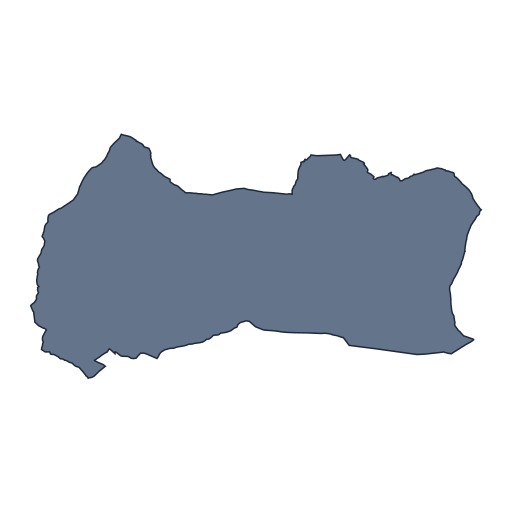 Ocna Sibiului, Sibiu, Romania
{"feature_id": "2599482B46010461750769", "entity_name": "Ocna Sibiului", "entity_type": "district", "adm_level": 2, "iso_a3": "ROU", "parent_name": "Romania", "parent_adm1": "Sibiu", "projection": "natural_earth1", "projection_center": [24.038, 45.885], "detail": "fine", "context": "isolated", "style": "filled", "palette": "slate", "viewbox_px": 512, "rotation_deg": 0, "n_neighbors": 0, "source": "geoboundaries", "source_scale": "gbopen_adm2", "svg_char_len": 5997}
<svg xmlns="http://www.w3.org/2000/svg" viewBox="0 0 512 512"><path d="M442.5,352.2L443.2,351.9L448.2,353.3L451.2,353.8L465.5,344.8L471.1,341.7L472.8,340.5L473.6,339.8L473.6,339.4L473.1,339.1L463.6,335.8L461.0,333.0L459.9,331.6L458.5,330.6L455.0,325.8L454.6,323.9L455.0,322.6L454.5,320.6L454.3,318.9L453.8,315.8L452.6,313.7L451.8,311.1L451.0,304.8L450.8,301.7L450.9,300.0L450.4,294.0L449.7,290.4L449.6,288.3L449.8,286.6L450.1,285.9L450.5,285.1L451.6,283.8L453.8,278.7L455.2,276.5L457.5,272.3L458.8,269.0L459.8,267.3L461.3,264.0L461.6,261.7L462.6,259.5L464.4,252.9L464.7,251.9L465.2,251.2L464.7,250.2L465.0,248.7L465.2,246.6L466.1,241.2L466.6,239.5L466.9,236.8L467.5,234.4L468.0,233.3L468.7,231.2L471.3,224.8L472.4,223.4L472.9,222.5L475.3,219.2L476.6,216.5L478.9,214.6L479.4,213.6L479.6,212.0L479.8,211.2L481.3,209.8L479.9,208.6L479.1,207.3L477.8,205.8L474.5,201.0L473.0,198.5L472.6,197.4L472.5,196.4L471.4,193.6L468.9,189.8L465.5,186.5L462.0,183.7L460.9,182.2L457.8,178.8L456.1,177.3L454.8,176.6L454.5,176.1L453.9,173.1L452.5,172.4L450.8,172.0L448.3,171.0L445.8,170.8L445.6,170.7L445.5,170.0L444.6,169.9L441.6,168.7L437.2,168.0L435.9,168.3L435.0,168.8L431.8,169.4L431.2,169.8L429.1,170.0L428.3,170.4L427.5,170.3L425.9,170.8L422.7,172.4L421.1,172.8L417.1,174.2L416.5,174.2L414.9,174.7L414.3,174.2L413.9,174.2L413.3,175.0L412.0,176.0L411.4,176.2L410.8,176.2L410.1,176.6L409.1,177.7L407.7,178.3L406.3,178.4L405.0,178.8L402.2,180.7L400.8,180.8L400.1,180.7L399.0,178.4L398.1,177.9L397.7,177.2L396.9,177.5L396.0,176.7L393.3,175.4L392.9,174.9L392.1,174.7L391.5,174.9L391.3,174.6L391.0,173.2L391.6,172.0L390.4,172.9L388.6,173.7L388.3,174.9L387.9,175.3L383.1,176.8L382.8,176.3L381.1,176.9L378.1,177.7L376.3,178.4L376.2,178.8L375.0,179.4L374.2,179.2L373.4,178.7L373.3,178.2L373.6,177.8L373.9,176.7L370.8,174.1L367.6,172.5L367.3,172.1L367.8,170.5L367.7,169.3L366.2,167.1L363.8,164.2L364.3,163.9L364.3,163.3L364.0,162.8L363.3,162.2L359.1,160.3L358.0,159.2L353.7,158.1L352.5,158.0L351.3,157.6L350.6,156.8L350.4,155.5L349.6,154.8L345.7,159.4L345.0,160.0L344.2,160.4L343.5,160.0L342.5,158.5L340.4,154.4L336.2,155.0L317.6,155.7L315.4,155.6L311.0,154.9L310.2,156.5L308.0,158.3L306.8,159.8L305.0,159.3L304.8,159.6L305.0,160.5L304.7,160.8L303.9,161.0L304.1,161.6L303.4,161.9L302.4,161.8L300.9,162.4L301.0,163.8L300.9,164.7L299.7,166.8L298.4,170.0L298.0,173.0L297.7,179.0L296.4,180.6L295.6,182.9L295.4,184.1L294.9,185.0L293.6,186.4L293.3,187.8L292.5,189.0L292.1,190.5L292.2,194.2L291.7,194.3L291.2,193.9L289.9,194.0L289.1,193.8L286.8,194.2L272.8,192.7L263.3,192.2L262.0,191.8L258.1,191.2L252.3,190.0L249.4,189.8L246.6,189.1L245.0,188.5L243.6,188.4L236.0,189.0L232.3,190.0L222.1,192.2L212.4,194.9L205.4,194.2L203.7,194.2L201.7,193.8L197.8,193.7L196.4,193.3L194.6,193.3L190.1,192.8L186.1,192.8L185.0,192.5L184.7,191.9L181.6,189.6L178.1,186.3L176.4,185.4L174.1,184.7L170.7,182.2L169.9,181.3L170.1,179.6L170.0,179.2L164.7,176.6L160.6,173.1L158.9,172.2L156.5,169.5L155.0,168.2L153.5,166.0L152.6,164.1L150.8,157.9L150.8,155.7L150.4,155.2L150.8,153.8L150.8,152.8L149.9,150.4L149.1,148.9L149.0,148.4L144.3,146.9L144.0,146.4L143.5,146.1L143.3,145.3L142.7,144.7L142.3,144.6L141.8,143.7L140.8,143.4L138.5,142.2L137.5,141.4L136.6,141.5L136.2,141.2L136.1,140.4L131.4,137.3L129.9,136.6L125.0,135.3L124.4,135.4L121.6,134.4L121.7,133.8L120.9,134.9L119.6,137.9L119.2,138.4L114.4,142.9L110.5,147.2L110.2,147.8L109.1,151.4L107.8,153.5L106.8,156.0L104.5,159.8L103.3,160.9L101.7,163.0L96.5,166.6L95.0,167.2L93.5,167.3L92.1,167.8L91.3,168.4L87.5,172.7L83.7,178.4L80.8,184.3L80.7,184.9L79.6,186.7L79.4,187.4L78.8,190.1L77.5,194.3L76.4,195.6L73.2,200.1L60.8,208.4L59.2,208.7L53.5,212.3L49.6,214.3L48.6,215.3L48.2,216.7L48.0,217.9L47.8,220.2L48.1,221.2L47.9,221.7L47.5,222.5L45.9,224.2L44.7,226.4L44.7,227.2L44.4,228.4L44.2,230.3L44.0,231.4L43.5,232.4L43.3,233.5L42.2,236.0L42.2,236.7L43.5,238.3L44.8,241.0L44.8,241.6L44.4,243.6L44.2,245.5L43.7,246.5L41.7,249.5L41.0,253.1L40.7,253.8L39.3,255.9L37.7,258.9L37.5,260.1L37.5,260.9L38.4,263.3L38.8,266.0L39.3,266.7L39.4,267.2L38.2,269.2L37.9,270.5L37.7,270.9L37.4,272.8L37.7,273.8L37.7,274.5L37.1,276.9L37.3,277.6L36.8,279.0L36.7,280.4L36.8,281.8L37.3,284.7L38.9,286.6L37.6,287.5L37.8,288.5L37.5,289.6L37.6,290.0L37.9,291.1L38.5,292.5L36.5,295.8L36.4,297.1L36.5,299.3L34.3,302.5L32.2,304.1L31.0,305.2L30.7,305.8L32.9,311.1L33.6,311.9L33.7,312.6L34.9,322.2L38.5,325.6L42.7,327.9L44.8,328.5L46.4,329.8L46.4,330.1L45.5,331.2L42.7,336.5L42.4,338.8L42.6,340.6L43.3,341.8L43.3,342.1L42.7,343.4L42.5,345.3L41.8,347.6L41.5,349.5L45.1,351.9L49.6,351.9L50.2,352.7L50.3,353.9L50.6,354.1L51.9,354.4L53.4,354.4L54.2,354.6L58.4,356.9L59.8,358.3L60.6,358.8L62.7,359.0L64.2,359.8L64.5,360.2L66.3,360.5L69.3,362.3L72.1,363.1L74.7,365.6L76.1,366.4L77.5,366.9L78.3,366.9L79.2,367.5L83.2,372.0L85.5,375.0L86.0,375.9L86.8,376.3L88.1,377.8L88.2,378.2L88.9,377.8L91.1,377.6L92.4,377.1L94.3,376.0L99.1,371.3L105.3,366.3L103.1,364.5L97.8,362.3L94.6,360.6L94.5,360.3L99.9,356.7L101.6,355.3L105.0,353.1L107.2,352.0L108.7,349.6L109.5,348.8L115.0,353.7L115.1,351.9L116.6,352.5L120.5,355.7L120.9,355.9L123.0,356.3L127.6,356.4L129.4,357.1L131.0,358.2L133.3,358.6L136.1,358.2L138.2,355.6L138.7,355.2L140.1,353.6L140.9,353.1L144.1,353.2L146.4,353.9L157.0,358.5L158.2,356.8L159.2,354.7L160.5,352.7L161.7,351.7L164.8,349.8L170.0,348.4L173.7,348.2L176.7,347.1L184.2,345.8L186.9,345.0L189.1,344.1L190.0,344.2L192.4,344.0L194.3,343.4L199.8,342.7L202.5,342.1L205.4,340.4L206.6,339.2L208.1,339.2L209.4,338.8L211.5,337.2L213.1,335.5L213.7,335.2L217.6,335.0L218.8,334.6L220.9,333.0L223.6,332.8L227.1,332.1L230.9,330.7L234.3,328.1L236.8,327.2L238.0,324.5L239.9,322.8L241.3,322.2L243.8,321.6L245.9,320.8L249.4,321.4L255.4,326.7L262.8,329.7L264.4,330.1L274.1,330.8L278.9,331.4L281.4,331.9L287.1,332.4L294.6,332.7L307.7,332.9L321.4,333.5L324.0,333.2L327.4,333.5L330.9,334.1L332.1,334.7L337.1,335.7L342.7,337.6L343.3,337.5L349.2,345.4L375.3,348.7L416.9,354.5L425.2,354.1L442.5,352.2Z" fill="#64748b" stroke="#1e293b" stroke-width="1.5"/></svg>